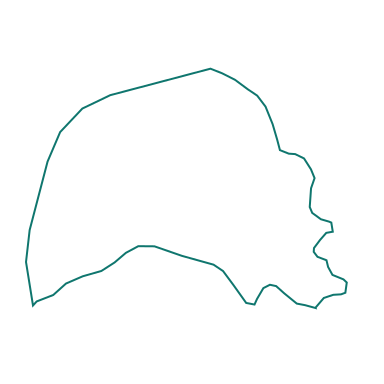 Tetovo, Albers equal-area conic projection, rotated 4°
{"feature_id": "MKD-2958", "entity_name": "Tetovo", "entity_type": "Statistical Region", "adm_level": 1, "iso_a3": "MKD", "parent_name": "North Macedonia", "parent_adm1": "", "projection": "albers", "projection_center": [20.942, 42.029], "detail": "fine", "context": "isolated", "style": "outline", "palette": "teal", "viewbox_px": 384, "rotation_deg": 4, "n_neighbors": 0, "source": "natural_earth", "source_scale": "10m", "svg_char_len": 976}
<svg xmlns="http://www.w3.org/2000/svg" viewBox="0 0 384 384"><g transform="rotate(4 192 192)"><path d="M76.8,116.4L103.7,101.1L201.8,67.7L213.8,71.5L227.1,77.1L240.4,85.6L250.3,91.3L259.4,101.7L267.7,118.7L273.3,133.8L276.8,144.1L285.9,147.0L292.3,147.0L301.4,150.7L309.1,161.1L313.3,169.6L310.5,180.0L310.5,188.5L310.5,198.8L313.4,204.5L322.5,210.2L330.8,212.0L333.1,212.8L335.2,221.8L328.8,223.4L323.1,230.9L317.6,239.4L317.6,243.2L321.7,247.9L330.9,250.7L333.0,257.3L337.9,264.9L349.2,268.6L352.7,271.5L352.0,281.8L347.8,283.7L340.1,284.7L330.9,288.5L323.2,298.9L323.3,299.1L312.7,297.0L304.3,296.0L291.0,286.6L282.5,280.0L276.2,279.1L269.9,282.9L264.3,294.2L262.2,299.9L258.1,299.4L253.8,298.9L239.8,281.9L228.5,268.7L218.6,263.0L186.4,256.4L158.3,248.8L142.2,249.8L130.3,257.3L119.7,267.7L107.1,277.1L88.9,283.7L72.7,292.1L60.8,304.4L44.7,312.0L41.3,316.3L31.3,273.4L32.7,241.3L45.8,171.7L56.3,141.4L76.8,116.4Z" fill="none" stroke="#0f766e" stroke-width="2"/></g></svg>